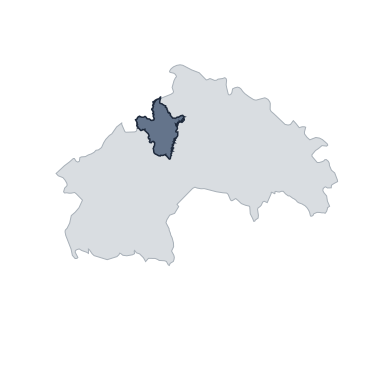 Dinguiraye, Dinguiraye, Guinea shown in context, rotated 315°
{"feature_id": "49546643B8348239056405", "entity_name": "Dinguiraye", "entity_type": "district", "adm_level": 2, "iso_a3": "GIN", "parent_name": "Guinea", "parent_adm1": "Dinguiraye", "projection": "robinson", "projection_center": [-10.609, 11.571], "detail": "fine", "context": "in_parent", "style": "filled", "palette": "slate", "viewbox_px": 384, "rotation_deg": 315, "n_neighbors": 0, "source": "geoboundaries", "source_scale": "gbopen_adm2", "svg_char_len": 9400}
<svg xmlns="http://www.w3.org/2000/svg" viewBox="0 0 384 384"><g transform="rotate(315 192 192)"><path d="M230.0,250.4L227.3,250.0L226.1,250.6L222.5,255.4L220.3,257.2L217.0,256.6L215.8,257.0L214.9,256.4L216.1,253.8L217.8,248.6L222.3,243.4L222.4,242.3L220.5,239.3L218.7,235.1L218.6,230.7L218.3,227.5L214.4,226.6L213.7,226.0L213.6,224.9L215.8,219.4L215.9,218.2L215.7,217.2L213.3,214.4L209.5,209.2L203.1,198.3L200.7,196.1L198.4,192.8L197.5,190.7L195.1,189.9L172.7,190.1L172.3,192.9L164.6,194.8L159.8,192.6L154.5,193.9L151.9,195.3L149.9,201.6L148.8,203.0L147.6,205.8L146.6,207.3L145.5,210.4L142.9,214.9L140.3,217.7L135.8,219.3L134.4,223.9L133.3,225.7L131.6,227.0L129.7,227.9L126.1,227.0L124.0,227.9L123.7,226.7L124.8,223.0L123.9,221.1L120.4,217.2L120.0,215.4L119.0,213.0L114.3,208.1L110.0,208.4L111.2,204.2L111.2,198.7L109.7,195.7L110.1,192.7L109.3,192.9L107.8,195.0L105.5,194.3L100.8,191.0L98.4,187.9L98.1,185.2L97.6,184.1L96.1,184.7L93.2,184.6L84.2,179.9L77.8,167.8L77.7,165.1L78.6,160.4L78.4,159.1L75.4,162.2L74.9,160.1L72.6,155.3L72.0,152.5L69.8,151.3L68.1,151.0L66.8,152.0L65.0,157.6L63.7,157.6L62.3,156.4L62.6,152.2L66.1,146.9L72.0,133.5L74.0,130.5L75.4,129.4L78.1,129.3L83.5,127.5L90.0,123.3L95.1,123.7L101.0,123.2L108.8,120.3L108.9,111.3L108.6,109.3L105.9,107.5L104.3,106.0L102.9,104.0L101.2,102.6L101.3,101.1L104.7,99.2L107.9,99.2L108.9,98.5L109.7,97.2L110.6,94.0L110.9,90.6L108.9,86.0L109.0,82.8L120.4,83.2L126.6,84.1L131.7,84.4L132.5,85.1L131.8,88.3L132.4,90.1L134.2,90.6L137.0,88.4L138.5,88.9L141.7,91.6L144.7,92.4L147.9,93.9L150.9,94.7L153.6,94.6L155.7,96.1L159.5,96.6L164.4,94.7L168.2,93.8L173.6,93.6L176.4,94.2L184.7,92.7L191.1,93.5L190.1,94.6L187.2,101.8L187.5,103.0L194.1,109.1L195.6,109.6L197.4,108.7L200.3,105.9L202.5,102.9L204.6,101.4L207.1,101.5L209.1,103.7L213.8,112.6L215.0,113.8L216.1,113.8L218.2,112.1L219.2,110.1L223.6,104.2L230.3,101.2L246.2,108.0L248.6,108.5L249.9,108.0L251.9,104.0L257.9,100.6L260.8,99.6L262.5,99.5L263.1,98.4L263.4,96.8L263.1,95.1L261.2,92.0L261.1,91.1L262.2,90.5L264.5,90.1L267.4,90.4L270.8,91.7L273.5,93.6L275.1,95.9L278.1,105.4L281.4,112.8L281.3,122.8L282.8,123.8L284.4,124.2L285.2,125.0L286.9,129.1L288.4,130.3L290.2,130.6L293.7,133.3L295.9,134.3L296.2,135.1L296.2,136.2L295.3,137.6L292.0,140.3L290.3,142.7L286.9,148.3L286.8,149.4L287.5,150.1L289.0,150.3L290.5,149.9L293.6,147.8L296.0,148.6L298.4,150.1L299.3,151.8L299.5,153.9L299.0,156.7L298.9,159.8L299.7,165.1L300.9,170.3L302.2,172.3L310.1,176.9L310.8,178.6L311.2,180.6L310.7,183.3L309.9,184.8L305.6,188.9L304.9,190.9L305.2,194.5L305.6,210.0L307.3,212.6L309.3,213.9L314.1,213.2L313.9,217.5L313.3,222.3L316.1,223.8L317.5,225.2L318.2,226.6L313.9,229.1L312.6,230.6L312.0,234.7L312.2,238.4L318.1,241.0L320.3,244.1L321.3,247.3L321.7,253.4L321.2,254.8L319.7,254.8L316.7,251.1L312.1,250.7L308.7,250.0L303.1,250.5L302.1,251.6L301.4,259.7L302.8,261.1L305.5,262.6L307.3,263.2L308.8,263.1L309.9,264.1L310.1,266.7L309.4,268.7L307.9,270.5L306.0,275.2L306.4,279.4L303.3,286.3L302.3,287.6L298.1,286.3L295.4,285.8L293.4,287.5L290.6,284.9L290.1,282.8L289.1,282.4L287.2,282.3L285.5,283.5L284.8,285.7L284.4,290.0L281.3,294.2L279.2,299.4L276.6,298.9L276.1,299.5L273.4,300.9L271.1,301.2L270.5,299.9L269.2,298.7L267.7,296.6L266.0,294.8L262.7,293.5L261.5,294.1L259.9,293.9L258.9,293.2L259.1,292.2L260.8,289.5L261.7,287.0L262.2,284.3L262.2,281.7L261.3,278.1L259.9,275.2L259.5,273.5L259.7,271.1L259.3,268.9L258.9,267.8L258.2,263.6L257.3,262.8L256.8,259.5L257.0,256.0L255.7,254.7L253.7,253.8L252.6,252.4L251.8,250.9L251.1,250.5L250.5,250.6L250.0,251.5L249.3,251.7L248.2,248.5L247.7,248.3L246.9,249.1L237.7,252.7L236.5,249.6L234.8,249.1L231.8,250.3L230.0,250.4Z" fill="#d9dde1" stroke="#a8b0b8" stroke-width="1"/><path d="M214.6,144.4L214.6,144.0L214.8,144.1L215.2,143.6L215.4,143.5L215.7,143.4L215.7,143.2L215.9,143.3L216.1,143.5L216.6,143.6L216.5,142.8L216.8,142.8L216.6,142.4L217.0,142.4L217.3,142.5L217.7,142.6L217.4,142.1L217.3,141.8L217.5,141.8L217.9,142.1L218.5,142.2L219.2,142.4L219.9,142.4L220.8,142.3L221.1,142.3L221.9,141.9L224.4,139.5L223.6,138.9L223.2,138.3L223.2,138.0L223.5,137.6L224.3,137.3L225.5,137.2L226.6,136.8L226.9,136.5L227.2,135.8L227.6,135.5L227.8,135.0L227.7,134.8L227.5,134.5L227.6,133.7L227.8,133.4L228.1,134.0L228.4,133.7L228.4,133.3L228.5,132.8L228.6,132.5L228.7,132.8L228.8,133.5L228.6,134.1L228.3,134.5L228.2,134.8L228.7,134.9L229.4,134.6L229.3,134.3L229.5,133.6L229.6,133.3L229.8,133.2L230.3,133.8L230.6,133.9L231.0,133.7L231.4,133.3L231.0,132.8L231.2,132.7L231.5,132.8L232.1,133.1L232.3,133.7L232.8,133.6L233.1,133.2L233.1,133.9L233.3,134.4L233.5,134.5L233.9,134.3L234.5,134.1L234.6,134.4L234.2,134.9L234.0,135.3L234.1,135.6L234.6,135.7L235.1,135.7L235.5,135.7L235.2,135.0L235.3,134.7L235.7,134.1L235.9,134.4L236.3,134.6L236.9,134.5L237.4,134.2L237.5,133.9L237.7,134.1L237.6,134.4L237.5,134.8L237.1,135.4L237.2,135.6L237.4,135.5L237.9,135.2L238.2,134.7L238.2,134.2L238.2,133.9L238.5,133.7L238.8,133.4L238.9,133.1L239.1,132.9L239.2,133.2L239.4,133.4L239.6,133.4L239.8,133.5L239.7,133.3L239.6,132.3L239.6,132.0L239.5,131.9L239.5,131.6L239.6,131.2L239.2,131.0L238.8,130.6L238.2,130.4L238.0,130.1L237.1,130.0L236.9,129.9L236.4,129.8L236.1,129.6L235.7,129.7L235.4,129.7L235.0,129.4L234.8,128.9L233.9,128.4L233.1,128.4L232.5,128.2L232.1,128.1L231.7,127.2L231.5,126.9L231.2,126.7L230.7,126.3L230.6,126.2L230.6,125.5L230.8,124.9L230.8,124.2L230.8,123.7L230.9,123.3L230.9,122.9L230.9,122.5L231.0,122.2L231.4,121.9L231.5,122.0L231.9,121.6L232.0,121.1L231.8,120.6L232.1,120.2L232.2,119.7L232.0,119.4L231.3,119.4L231.3,118.7L231.6,118.1L232.5,117.0L232.5,116.6L232.5,116.0L233.0,115.7L233.5,115.0L233.5,114.4L233.1,113.4L234.0,112.9L234.3,112.4L234.1,112.1L233.7,111.5L233.4,110.2L233.1,109.0L233.2,108.5L232.6,107.6L232.1,106.7L232.5,105.8L233.2,105.2L234.1,104.6L234.9,104.1L236.0,103.6L236.9,102.6L236.7,102.5L236.4,102.6L236.1,102.7L235.3,102.6L234.9,102.8L234.7,102.8L234.0,102.4L233.5,102.2L233.4,102.1L233.2,101.8L233.1,101.7L232.4,101.7L232.1,101.6L231.6,101.8L231.4,101.7L231.2,101.5L231.3,101.2L231.2,101.1L230.5,101.4L230.2,101.2L229.8,101.3L229.8,101.5L229.9,101.9L229.8,102.1L229.6,102.1L229.4,102.0L229.2,101.3L229.1,101.0L228.9,100.9L228.7,100.9L228.4,101.0L228.1,100.7L227.9,100.9L228.0,101.1L228.3,101.6L228.3,101.9L228.2,102.2L227.6,102.0L227.3,102.0L227.2,102.1L227.3,102.7L227.2,102.8L226.9,103.0L226.5,102.9L226.0,102.7L225.7,102.7L225.5,102.8L225.4,103.1L225.4,103.9L225.4,104.1L224.7,104.4L224.5,104.5L224.2,104.9L223.9,105.1L223.5,105.0L223.2,104.9L222.6,104.8L222.2,104.9L222.0,105.0L221.8,105.2L221.7,105.5L221.8,105.7L222.1,106.1L222.2,106.4L222.1,106.5L221.7,106.6L221.5,107.0L221.6,107.5L221.6,108.1L221.2,108.5L220.3,108.7L219.9,108.6L219.6,108.8L219.6,109.2L219.8,109.5L220.1,109.7L220.1,109.8L219.8,110.0L219.7,110.3L219.2,110.3L218.9,110.8L218.7,110.8L218.4,110.7L218.1,111.0L217.9,111.4L217.8,112.1L217.7,112.3L217.4,112.6L217.4,112.8L217.4,113.2L217.4,113.3L217.0,113.5L216.8,113.6L216.6,113.7L216.6,113.8L216.3,114.0L215.7,114.0L215.4,113.9L214.7,113.1L214.2,113.1L213.8,112.4L213.5,112.0L213.7,111.2L213.6,110.8L213.4,110.0L213.2,109.8L212.6,109.3L212.3,108.7L212.1,108.5L212.0,108.2L212.2,107.8L212.4,107.1L212.4,106.8L212.3,105.5L212.2,105.4L212.0,105.2L211.3,105.1L210.8,104.9L210.2,104.5L209.4,103.6L209.1,103.3L209.0,103.0L209.0,102.6L208.8,102.2L208.6,101.6L208.3,101.8L208.2,101.7L208.0,101.2L207.9,101.1L207.7,101.1L207.3,100.8L207.2,100.8L206.9,101.0L206.5,100.9L206.0,100.9L205.7,101.0L205.3,101.4L205.1,101.4L204.5,101.4L204.3,101.5L204.1,101.3L203.6,101.3L203.4,101.0L203.2,100.9L203.1,101.0L203.0,101.7L202.9,102.0L202.9,102.3L202.7,102.7L202.6,103.2L202.4,103.5L202.2,104.3L201.9,104.6L201.6,104.8L201.3,104.8L201.1,105.0L201.1,105.6L201.1,105.8L200.1,105.9L199.9,106.0L199.7,106.6L199.9,107.3L199.8,107.7L199.5,108.1L198.9,108.4L199.1,108.7L199.4,109.3L199.4,110.0L199.4,110.6L199.3,111.5L199.2,112.1L199.4,112.4L199.8,112.7L200.3,113.0L200.5,112.9L200.8,112.9L201.3,112.9L201.9,113.9L202.4,114.0L202.9,114.2L203.1,114.4L202.7,114.6L202.3,115.0L202.1,115.5L202.2,116.2L202.2,117.3L202.2,118.3L202.3,119.7L202.0,120.5L201.6,121.5L201.2,122.1L200.5,122.0L199.8,122.3L199.3,123.0L199.0,123.6L199.0,123.9L199.5,124.2L199.7,124.6L199.5,124.8L199.2,125.2L199.0,125.6L198.6,125.8L198.0,126.2L197.4,126.3L197.3,126.8L197.3,127.3L197.7,127.7L197.9,128.3L198.6,128.3L198.9,128.2L199.4,128.3L200.0,128.5L200.3,128.8L200.5,129.0L200.6,129.5L200.3,129.7L200.5,130.6L200.2,131.1L199.8,131.3L199.2,131.9L198.8,132.2L198.1,132.8L197.3,132.8L196.9,133.0L196.4,133.5L195.4,133.7L194.6,135.1L193.6,136.3L192.9,137.4L192.9,139.1L193.5,140.7L194.0,142.6L195.0,144.1L195.8,143.9L196.7,145.0L197.5,145.7L198.7,146.2L199.5,146.6L200.0,146.8L199.3,147.6L199.6,148.4L199.4,149.4L199.4,150.6L199.2,151.8L199.2,152.4L199.3,152.8L199.8,153.1L200.4,153.0L201.1,152.5L201.6,152.0L202.5,151.6L203.4,151.5L203.5,150.8L204.0,150.1L205.1,150.2L205.5,149.8L205.8,148.9L206.4,149.2L206.6,149.1L206.7,148.7L207.0,149.0L206.9,148.6L207.3,148.6L207.3,148.2L207.7,148.4L207.8,147.9L208.0,148.0L208.5,148.0L208.4,147.5L208.8,147.8L208.8,147.4L209.0,147.5L209.1,147.1L209.5,147.4L209.5,146.9L209.8,147.1L209.7,146.7L210.0,146.9L210.0,146.5L210.4,146.1L210.5,145.9L210.9,146.0L211.3,145.9L211.0,145.5L211.2,145.0L211.5,144.7L211.9,145.0L212.0,144.7L212.7,144.7L213.1,145.1L213.7,144.8L213.8,144.4L214.0,144.4L214.2,143.7L214.6,144.4Z" fill="#64748b" stroke="#1e293b" stroke-width="1.5"/></g></svg>